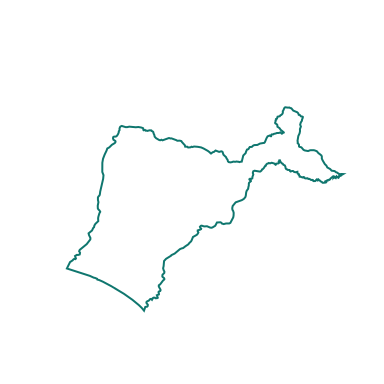 outline of Barique/Natarbora, Manatuto, East Timor, rotated 66°
{"feature_id": "22284137B73743119127991", "entity_name": "Barique/Natarbora", "entity_type": "district", "adm_level": 2, "iso_a3": "TLS", "parent_name": "East Timor", "parent_adm1": "Manatuto", "projection": "mercator", "projection_center": [126.054, -8.876], "detail": "fine", "context": "isolated", "style": "outline", "palette": "teal", "viewbox_px": 384, "rotation_deg": 66, "n_neighbors": 0, "source": "geoboundaries", "source_scale": "gbopen_adm2", "svg_char_len": 5977}
<svg xmlns="http://www.w3.org/2000/svg" viewBox="0 0 384 384"><g transform="rotate(66 192 192)"><path d="M248.2,248.1L243.7,245.6L242.5,242.9L241.7,237.1L241.3,236.5L241.2,232.9L239.3,226.3L239.3,224.6L239.6,222.9L238.9,220.1L238.3,216.6L237.6,215.4L236.7,212.9L236.1,212.1L233.5,209.4L233.1,205.1L232.4,203.6L231.5,202.6L230.2,202.8L229.4,202.4L229.7,199.8L229.6,198.8L229.2,198.5L227.9,199.0L227.0,198.9L226.5,197.6L226.7,196.8L228.4,194.9L229.4,192.2L231.9,189.9L232.6,188.7L232.7,187.7L232.3,184.5L230.0,181.6L231.2,178.4L232.0,177.7L233.0,177.5L234.2,176.1L234.6,173.7L235.9,170.8L235.8,169.5L232.0,164.7L230.6,163.7L228.0,162.4L226.0,162.1L224.7,162.3L223.1,161.8L221.3,160.5L219.2,156.3L219.7,149.8L219.4,147.5L218.4,145.4L217.3,144.4L214.3,142.6L213.1,141.5L211.9,139.4L210.3,138.4L209.4,137.6L207.2,136.5L206.7,136.0L206.1,133.8L205.4,133.6L204.4,134.4L203.7,134.4L203.5,133.5L204.1,132.8L204.1,131.4L202.6,130.5L201.0,128.9L199.3,128.7L198.0,127.6L198.0,126.2L200.9,121.8L201.1,121.2L200.6,119.6L199.9,118.9L199.9,118.1L199.2,116.4L198.4,115.4L198.2,114.5L197.9,114.5L197.7,114.2L197.8,113.7L197.0,112.8L196.7,111.7L196.9,110.9L196.7,110.1L197.6,109.0L197.7,107.3L199.4,105.3L201.1,104.6L201.1,104.3L200.4,103.9L200.6,103.5L200.5,102.9L201.0,101.6L200.8,100.7L199.4,100.4L199.1,99.7L198.6,99.4L198.8,98.8L200.9,98.9L201.4,98.5L202.4,98.3L203.1,97.6L204.2,97.5L205.5,96.4L207.0,96.4L208.3,96.8L209.4,96.6L209.7,96.1L210.6,95.8L211.6,93.9L212.9,93.9L213.4,93.6L213.5,92.1L213.8,91.4L214.1,91.0L215.3,90.5L216.1,89.3L216.4,87.5L218.0,88.0L218.9,87.4L219.2,87.5L219.4,87.1L220.5,87.4L220.9,87.1L221.8,87.4L222.0,86.9L223.7,85.1L223.6,84.2L224.2,83.5L224.8,83.7L225.7,82.9L226.2,81.7L226.2,81.2L227.4,80.4L227.4,79.9L228.7,78.7L229.5,78.3L230.0,76.9L230.2,76.7L231.3,76.7L231.5,76.5L232.1,75.0L231.5,73.6L232.6,72.6L232.5,72.2L231.8,72.1L232.0,71.9L231.9,71.4L232.9,71.2L233.2,70.7L234.6,70.2L235.6,69.3L236.6,69.0L237.3,67.6L237.3,66.8L237.8,66.0L237.7,65.7L236.7,66.2L236.4,65.9L236.7,64.2L236.4,64.3L236.3,63.5L236.5,62.0L236.8,61.6L236.6,60.7L236.2,60.4L236.0,59.9L235.1,56.7L235.3,56.5L236.2,56.9L235.6,55.9L236.0,55.7L236.2,56.0L236.8,56.1L236.8,55.6L237.8,55.0L237.5,54.6L236.7,54.3L236.4,53.6L237.1,53.5L238.6,52.5L238.5,52.2L237.9,52.3L237.6,52.0L237.6,49.9L236.7,50.3L236.6,49.5L236.8,49.3L237.4,49.3L237.1,46.6L236.2,48.4L236.0,49.5L235.6,50.0L234.3,51.0L233.3,51.5L232.5,52.4L230.9,53.2L229.3,55.8L227.3,56.4L224.6,58.4L222.5,58.5L220.6,59.3L216.2,59.8L214.2,59.8L212.5,59.0L211.3,58.9L208.7,60.2L208.2,60.6L205.5,61.4L203.8,63.1L203.2,64.0L201.9,67.1L201.8,69.3L199.9,72.1L198.8,73.0L195.7,73.9L194.6,75.3L194.0,75.7L192.1,75.0L190.2,75.6L189.6,75.1L188.2,74.8L184.1,72.1L182.2,69.9L180.4,68.6L178.4,67.8L176.5,65.9L174.5,65.8L172.8,64.4L171.6,62.6L170.8,62.2L169.2,60.6L168.5,60.2L168.1,60.4L167.2,61.7L165.5,62.2L164.9,63.1L163.4,62.9L162.0,63.4L158.8,66.4L155.9,67.2L155.4,68.0L154.5,68.6L153.8,70.3L152.5,72.4L152.9,73.6L154.8,75.6L155.1,76.2L156.6,76.8L157.4,77.7L157.9,79.0L157.9,80.1L158.5,81.0L158.0,83.2L159.4,84.4L159.5,85.5L160.2,85.6L160.5,86.5L161.3,86.8L162.7,88.0L163.3,87.9L164.6,87.0L165.5,86.8L167.1,87.4L169.2,86.1L171.3,85.7L174.6,84.0L174.9,83.9L175.1,84.1L174.9,85.2L175.3,85.9L175.2,86.3L173.5,87.0L173.4,88.6L172.6,90.6L172.6,91.6L172.2,93.7L172.4,94.4L171.8,95.7L172.0,96.2L173.2,97.0L173.0,97.5L172.0,98.0L171.9,100.3L173.3,102.2L175.9,104.9L176.5,105.9L175.4,110.2L175.6,113.1L174.5,116.0L174.5,117.3L175.1,119.0L174.4,121.0L175.8,123.1L175.6,124.5L177.1,126.2L178.3,127.2L179.5,130.3L184.5,134.2L184.1,135.3L184.0,136.5L183.0,137.6L182.7,138.4L182.3,138.8L182.0,140.2L181.0,142.0L181.0,143.0L180.6,144.8L179.6,146.3L178.6,146.7L176.9,146.4L175.4,146.8L174.1,146.7L170.7,148.1L167.9,147.8L167.0,148.3L166.7,148.8L166.4,150.9L163.7,153.6L164.3,155.7L164.1,157.0L164.6,159.0L164.4,159.2L162.9,159.7L160.9,160.8L157.0,163.7L155.0,165.5L153.1,168.3L151.3,171.6L151.1,173.3L150.4,174.1L150.6,175.1L150.0,176.8L149.7,177.5L148.8,177.8L147.8,179.8L146.5,179.5L142.2,180.9L141.2,181.0L140.1,182.3L139.2,184.6L138.3,185.2L134.7,188.9L134.3,190.0L133.7,190.5L133.3,191.3L132.8,197.9L131.8,198.7L131.8,200.0L131.2,200.8L128.3,202.9L126.3,203.6L124.3,203.2L123.2,203.3L121.4,203.0L120.5,203.4L119.8,204.1L119.2,204.1L118.4,205.6L118.0,208.0L117.3,208.7L117.2,209.3L116.2,209.7L116.0,211.0L115.5,211.2L114.0,210.7L113.7,210.8L112.4,212.2L110.8,214.6L110.0,217.0L106.8,222.7L106.4,224.7L105.7,226.3L103.1,229.3L103.1,230.6L103.4,231.3L104.5,232.4L106.0,233.0L106.8,234.2L107.9,234.8L109.0,236.0L110.1,237.6L110.4,239.0L109.7,240.7L109.8,241.6L110.7,242.3L112.3,242.5L114.1,241.3L115.0,241.4L115.4,241.8L115.9,242.7L116.3,246.0L117.6,249.4L117.8,251.7L119.4,253.2L122.3,256.6L125.5,259.8L128.8,262.0L137.2,265.8L140.6,266.0L143.8,267.8L154.3,275.7L156.6,277.1L157.5,277.9L158.1,279.4L158.8,280.2L161.1,281.2L163.2,281.6L166.2,283.7L168.7,284.7L169.8,284.6L171.4,284.0L172.8,283.9L173.7,285.2L176.4,287.5L177.7,288.4L180.5,289.5L181.8,293.2L182.9,294.8L184.3,295.8L184.7,296.9L186.5,299.0L187.7,303.3L189.5,303.6L192.7,303.5L194.0,304.2L196.8,309.4L199.2,318.1L200.2,319.2L202.0,319.0L203.4,320.0L203.2,321.6L202.6,322.8L202.9,324.9L205.6,325.1L205.9,325.9L205.2,326.8L205.4,327.9L205.9,328.9L206.4,331.9L211.0,337.4L227.1,319.4L230.3,316.6L231.0,315.6L232.7,314.0L233.5,314.1L234.7,312.6L237.7,309.9L245.0,304.2L257.3,295.6L266.2,290.3L273.6,286.6L277.3,285.1L280.9,284.1L278.0,281.4L278.5,279.6L278.1,278.8L277.0,278.2L275.2,278.7L274.6,278.7L273.9,278.2L273.6,277.2L273.7,275.8L272.8,273.7L273.0,272.8L274.2,272.4L272.9,270.6L272.9,270.0L273.4,268.9L274.2,268.6L274.8,267.0L274.7,266.3L272.0,266.1L272.1,263.9L271.4,263.6L269.8,263.3L269.4,262.4L269.5,261.3L269.1,260.8L268.4,260.5L264.9,260.8L263.8,260.3L263.5,259.5L263.5,258.8L261.0,254.3L260.9,253.6L260.3,252.6L259.1,252.6L257.7,253.4L256.9,253.4L255.6,252.6L254.7,250.3L253.9,249.8L253.5,249.6L251.8,249.7L249.9,249.4L248.2,248.1Z" fill="none" stroke="#0f766e" stroke-width="2"/></g></svg>